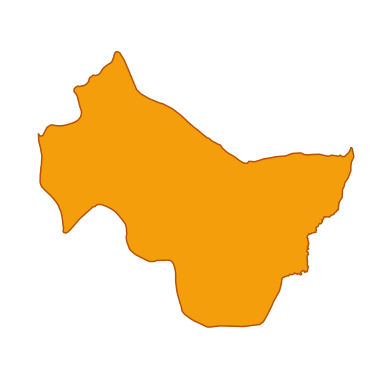 the district of Sandu, Upper River, Gambia, rotated 5°
{"feature_id": "56634734B93657392024497", "entity_name": "Sandu", "entity_type": "district", "adm_level": 2, "iso_a3": "GMB", "parent_name": "Gambia", "parent_adm1": "Upper River", "projection": "robinson", "projection_center": [-14.362, 13.426], "detail": "fine", "context": "isolated", "style": "filled", "palette": "amber", "viewbox_px": 384, "rotation_deg": 5, "n_neighbors": 0, "source": "geoboundaries", "source_scale": "gbopen_adm2", "svg_char_len": 4621}
<svg xmlns="http://www.w3.org/2000/svg" viewBox="0 0 384 384"><g transform="rotate(5 192 192)"><path d="M346.9,134.0L346.5,134.0L345.5,137.8L343.8,140.2L340.8,143.5L338.3,143.5L336.5,142.4L334.7,143.7L332.7,143.5L327.7,143.1L325.3,144.4L323.5,144.4L315.5,143.3L308.1,144.2L305.0,144.9L304.9,144.9L300.5,144.9L297.0,143.6L288.8,144.8L286.1,146.0L282.2,147.9L272.7,149.5L267.0,151.2L261.0,152.7L255.6,154.9L252.1,156.3L246.0,156.5L244.6,158.6L240.8,158.6L236.8,156.7L230.6,152.8L226.1,150.9L222.3,148.6L218.6,145.8L216.0,142.7L212.5,141.7L212.1,141.3L207.2,139.4L203.9,136.9L202.6,136.8L198.6,134.3L191.9,129.5L188.4,127.4L181.1,122.0L179.2,120.3L175.4,117.5L174.4,116.7L165.4,110.9L161.5,109.2L160.7,108.9L158.7,108.1L155.6,106.8L151.2,105.9L140.8,102.6L132.3,98.6L128.5,95.3L127.8,94.7L125.7,90.6L125.5,90.3L117.7,75.3L112.7,66.1L108.0,59.8L106.9,59.1L105.0,58.9L104.2,58.9L103.4,59.8L102.5,61.8L102.4,63.0L102.4,64.4L101.9,65.6L101.4,67.6L100.7,69.3L99.0,71.1L97.0,72.4L94.3,74.9L93.0,76.2L92.0,77.8L91.3,79.1L90.0,81.7L88.0,83.6L85.8,84.3L83.3,84.3L82.6,85.1L80.8,86.4L80.0,87.5L79.6,88.8L79.6,90.7L78.6,92.0L77.8,93.3L76.2,94.7L75.8,95.1L70.3,96.8L69.1,96.4L68.6,96.8L66.8,97.9L65.6,99.6L65.7,100.9L65.8,102.3L66.5,103.2L67.2,103.6L68.2,104.7L69.2,106.4L69.8,107.9L71.6,112.9L71.8,113.5L72.3,115.2L72.8,116.5L74.0,119.3L74.3,119.8L74.8,121.1L75.0,122.4L75.0,124.3L74.6,125.4L74.5,126.9L73.5,128.4L72.4,130.1L70.9,131.4L68.9,132.7L67.5,133.4L65.6,134.3L62.4,135.6L61.4,136.0L58.8,136.8L57.6,137.1L54.4,137.7L49.1,137.7L47.2,137.3L45.2,137.7L41.9,140.3L38.5,148.6L36.7,149.6L35.5,149.2L35.2,149.2L34.7,148.1L34.0,147.7L34.0,148.1L34.9,154.3L35.3,155.8L37.4,161.8L37.9,163.8L39.4,169.2L39.6,178.2L39.6,179.1L39.4,179.7L39.4,183.4L39.4,187.3L39.4,188.6L39.7,194.2L39.9,195.5L40.0,196.1L40.7,197.8L41.7,199.6L44.2,202.0L52.3,208.5L53.4,209.6L54.8,210.9L57.3,213.5L60.3,217.3L61.1,219.5L62.9,222.5L64.4,226.8L65.1,229.6L66.7,237.4L67.1,238.5L67.1,242.8L67.7,243.4L69.7,243.9L71.4,243.0L73.9,240.4L81.4,230.0L82.9,228.0L94.6,215.5L96.8,214.8L98.5,212.9L100.5,212.5L102.5,212.3L103.3,212.5L107.1,213.5L110.6,214.8L114.0,216.3L116.3,217.7L117.3,218.3L121.3,221.9L121.8,222.5L125.0,225.8L125.8,226.6L128.3,229.6L129.6,232.7L129.7,233.5L129.8,233.7L130.1,236.1L130.6,239.1L130.4,242.8L130.9,245.6L131.9,248.2L133.1,250.8L134.6,254.0L135.4,254.9L135.5,255.1L135.9,255.5L138.6,257.5L140.9,259.1L141.1,259.2L145.6,261.1L150.2,262.9L151.2,263.4L154.8,264.6L155.6,264.9L156.6,264.9L160.4,264.5L163.1,263.2L170.8,262.4L171.9,262.3L172.5,262.0L173.5,262.0L176.0,262.0L177.8,263.0L179.7,265.0L181.5,269.1L182.6,273.5L183.1,277.2L183.5,282.6L184.2,285.6L185.7,292.7L186.2,293.8L187.2,297.0L188.9,301.4L189.5,303.0L191.2,306.9L192.6,311.7L195.3,314.4L201.0,318.0L201.5,318.3L205.9,320.4L211.4,322.3L218.7,325.1L221.5,325.0L231.9,322.9L255.1,321.5L268.4,318.6L270.8,318.2L274.3,315.2L277.0,309.6L281.2,299.1L282.9,293.7L284.6,290.0L287.8,282.8L289.0,275.5L289.1,271.2L289.8,269.4L290.2,269.2L290.6,269.0L294.0,267.3L295.7,267.1L296.2,265.7L298.8,265.7L301.0,264.5L301.2,263.8L303.0,264.3L304.2,264.7L304.5,264.1L305.4,264.1L307.0,264.9L307.8,264.9L308.3,264.5L308.3,263.9L307.5,263.2L307.3,262.6L308.4,261.4L309.0,260.6L310.3,260.6L310.6,261.6L311.3,262.2L312.0,261.4L312.3,261.2L312.9,261.6L313.2,261.6L313.6,261.2L313.6,260.9L314.1,258.5L314.1,258.1L314.1,257.4L314.4,257.2L314.4,256.0L313.2,255.0L313.1,251.9L313.2,250.8L312.7,250.2L312.7,248.2L312.4,247.5L312.2,246.1L312.6,245.5L312.7,244.8L313.4,243.8L312.9,243.0L312.9,242.4L312.9,241.9L312.0,241.5L311.5,241.3L311.5,240.5L311.9,238.7L312.9,238.9L313.1,238.4L312.2,237.0L311.7,236.6L312.6,235.8L312.4,234.3L312.8,233.7L312.8,232.7L312.1,231.8L312.1,230.8L311.4,229.6L311.6,228.5L310.7,227.7L310.7,226.8L310.7,226.3L311.0,225.4L311.4,224.6L311.7,224.1L312.0,223.7L312.8,224.0L313.3,223.4L314.3,223.1L315.2,222.3L315.8,222.2L317.0,221.9L318.2,221.3L318.9,221.3L318.9,220.2L319.2,219.6L319.2,218.8L318.7,218.2L318.7,216.5L320.6,215.3L320.8,214.5L320.9,214.1L321.1,213.3L321.6,212.3L322.0,212.3L322.8,212.5L323.6,212.0L324.4,210.2L324.5,209.2L324.0,208.4L324.4,208.3L325.4,207.3L325.4,206.3L325.8,205.2L327.1,205.4L327.5,205.0L329.2,205.0L329.9,204.8L331.1,205.0L331.9,204.0L332.4,203.6L332.7,203.0L334.3,202.3L335.3,201.7L335.7,200.9L335.7,200.5L337.7,198.8L337.8,198.0L339.3,196.9L339.3,191.0L339.5,189.7L340.2,187.6L341.8,184.7L342.0,183.9L341.9,180.2L341.9,179.5L341.8,176.3L343.0,173.4L343.4,169.5L346.2,164.5L346.9,162.0L348.4,157.0L348.0,152.2L348.2,148.7L348.9,146.2L350.0,143.7L350.0,142.1L347.7,134.6L346.9,134.0Z" fill="#f59e0b" stroke="#b45309" stroke-width="1.5"/></g></svg>